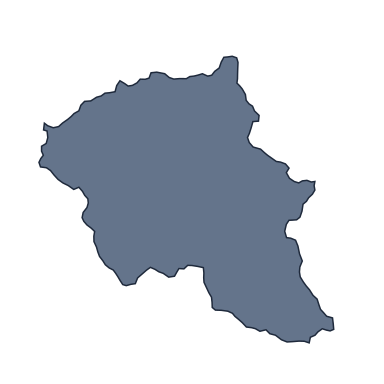 Piracema, Minas Gerais, Brazil, rotated 6°
{"feature_id": "56859067B5675405143241", "entity_name": "Piracema", "entity_type": "district", "adm_level": 2, "iso_a3": "BRA", "parent_name": "Brazil", "parent_adm1": "Minas Gerais", "projection": "robinson", "projection_center": [-44.418, -20.52], "detail": "fine", "context": "isolated", "style": "filled", "palette": "slate", "viewbox_px": 384, "rotation_deg": 6, "n_neighbors": 0, "source": "geoboundaries", "source_scale": "gbopen_adm2", "svg_char_len": 2626}
<svg xmlns="http://www.w3.org/2000/svg" viewBox="0 0 384 384"><g transform="rotate(6 192 192)"><path d="M38.7,182.9L44.7,183.1L49.1,185.5L53.1,189.6L57.5,193.5L62.7,196.5L68.2,198.5L74.1,201.8L79.0,199.1L83.0,202.8L85.7,206.6L89.1,209.6L90.0,213.8L89.2,218.4L85.9,223.7L85.4,229.0L87.5,232.5L90.9,235.7L95.4,238.4L99.3,241.4L99.0,246.2L99.7,251.6L102.8,256.8L104.6,261.4L106.8,265.8L110.6,269.8L113.4,273.4L117.6,276.2L121.8,277.8L124.4,280.6L127.0,283.8L129.8,287.6L132.8,291.3L136.4,292.0L140.9,290.2L145.2,289.1L146.9,283.1L151.5,278.2L154.9,274.5L158.5,271.3L163.3,272.8L167.3,274.8L171.9,275.9L177.7,279.1L183.4,277.6L185.2,273.4L187.0,269.5L192.0,269.3L195.4,265.4L199.6,265.1L205.4,265.4L211.2,266.0L212.3,271.4L212.6,276.0L213.4,280.6L216.6,285.9L219.3,290.4L222.4,294.6L223.5,299.7L224.2,304.7L227.6,307.0L233.5,306.6L240.1,306.8L244.9,308.4L247.7,311.2L251.5,313.7L255.7,316.7L260.2,320.6L265.5,320.7L269.3,321.3L274.1,323.4L280.0,321.3L284.2,324.8L290.0,325.7L296.4,329.6L302.2,331.2L307.6,330.3L314.0,329.1L319.3,328.7L324.3,329.8L324.9,324.1L329.3,321.6L331.9,317.9L335.9,314.4L340.1,315.3L343.9,315.7L347.3,313.8L346.3,308.6L344.9,302.5L338.9,301.5L335.5,298.3L332.1,295.3L330.1,291.1L327.6,285.4L323.2,282.2L319.0,276.9L315.4,273.5L312.0,269.7L308.5,265.1L307.2,260.3L307.1,255.3L308.9,249.1L305.4,242.3L303.0,234.7L300.0,229.1L295.0,227.6L290.8,227.5L288.3,221.4L289.2,214.3L291.4,210.0L295.2,209.4L299.0,208.7L302.0,205.7L303.4,199.5L303.7,192.5L306.8,189.3L308.6,185.5L312.0,181.6L314.0,177.2L312.8,173.0L313.1,168.7L309.6,169.6L305.1,168.4L300.6,169.4L297.2,171.8L292.6,170.9L287.5,168.2L283.8,162.9L286.0,158.1L282.0,154.3L276.9,153.0L272.6,152.8L268.9,150.7L263.5,147.7L259.9,145.3L255.7,142.2L248.1,140.9L243.8,136.9L241.5,132.0L242.9,127.8L244.1,122.1L245.2,115.6L250.7,114.6L250.7,108.8L245.7,104.9L243.2,100.3L239.5,98.4L236.3,95.2L234.9,89.4L231.2,84.3L228.4,81.5L225.3,79.0L225.4,74.6L225.0,70.1L224.6,64.8L224.2,58.3L222.4,53.9L217.8,52.8L213.6,53.9L209.6,54.7L207.5,59.7L206.1,65.8L202.0,69.6L199.4,73.8L195.5,75.1L190.0,73.3L185.8,75.1L181.9,76.5L177.8,77.4L174.5,79.9L167.9,80.5L162.1,81.6L157.3,80.5L152.5,77.2L144.4,76.5L138.8,77.7L137.4,83.2L133.7,84.8L128.7,85.2L125.9,89.2L121.6,92.2L117.4,93.3L113.7,91.2L108.7,88.9L106.0,94.0L105.0,100.3L99.6,101.9L95.1,102.8L91.6,106.0L87.2,107.7L81.8,112.0L75.7,113.1L72.4,117.3L71.0,123.1L66.5,126.3L64.0,129.5L60.8,132.8L56.1,136.9L52.5,140.9L47.3,142.6L41.6,141.2L38.0,139.0L37.9,145.8L41.5,146.5L42.9,153.0L41.9,159.0L37.6,162.2L38.1,167.1L40.3,171.0L38.1,174.6L36.7,178.5L38.7,182.9Z" fill="#64748b" stroke="#1e293b" stroke-width="1.5"/></g></svg>